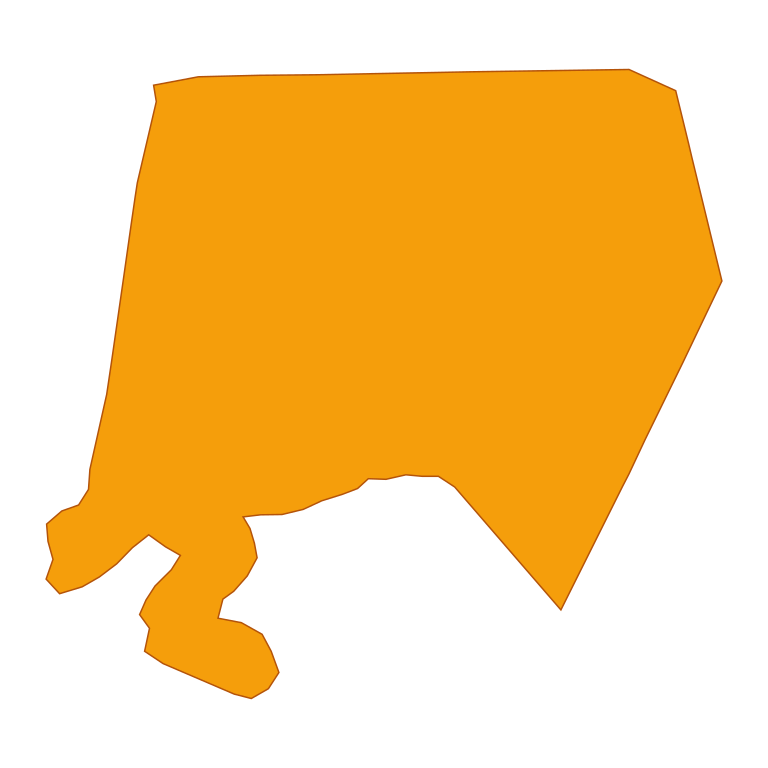 Engenheiro Paulo de Frontin, Rio de Janeiro, Brazil
{"feature_id": "56859067B20442961875436", "entity_name": "Engenheiro Paulo de Frontin", "entity_type": "district", "adm_level": 2, "iso_a3": "BRA", "parent_name": "Brazil", "parent_adm1": "Rio de Janeiro", "projection": "albers", "projection_center": [-43.66, -22.521], "detail": "fine", "context": "isolated", "style": "filled", "palette": "amber", "viewbox_px": 768, "rotation_deg": 0, "n_neighbors": 0, "source": "geoboundaries", "source_scale": "gbopen_adm2", "svg_char_len": 990}
<svg xmlns="http://www.w3.org/2000/svg" viewBox="0 0 768 768"><path d="M721.9,281.0L691.9,157.6L688.6,143.6L675.7,90.7L629.0,69.5L471.9,71.8L314.5,74.8L259.9,75.3L198.3,76.8L153.6,85.2L156.3,101.6L137.3,182.9L135.1,197.3L131.0,225.6L123.8,276.4L111.7,360.7L106.7,394.4L89.9,469.4L88.5,489.4L78.6,505.0L61.8,511.0L46.6,524.1L48.0,541.4L53.0,559.4L46.1,579.1L59.6,593.7L82.2,586.8L99.3,577.0L116.7,563.8L132.4,547.7L148.7,534.8L165.5,546.8L180.4,555.4L171.3,569.8L155.1,585.9L146.0,600.0L139.6,614.6L149.5,628.3L144.6,651.3L163.1,663.6L234.2,694.1L251.3,698.5L268.4,688.7L278.9,672.5L271.2,651.3L262.1,634.3L241.4,622.7L218.0,618.2L222.9,599.1L233.7,591.3L247.2,576.0L257.1,557.8L254.4,543.2L250.0,528.5L243.1,516.9L260.7,514.8L282.0,514.5L303.2,509.4L321.7,500.8L342.7,494.2L357.6,488.5L368.3,478.7L386.0,479.3L405.9,474.8L422.1,476.3L438.4,476.3L454.7,487.0L560.9,609.9L622.5,486.5L628.8,474.3L645.1,439.6L682.7,362.9L721.9,281.0Z" fill="#f59e0b" stroke="#b45309" stroke-width="1.5"/></svg>